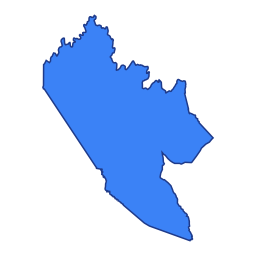 outline of Mazabuka, Southern, Zambia
{"feature_id": "96606910B8169685936662", "entity_name": "Mazabuka", "entity_type": "district", "adm_level": 2, "iso_a3": "ZMB", "parent_name": "Zambia", "parent_adm1": "Southern", "projection": "equal_earth", "projection_center": [27.75, -15.894], "detail": "fine", "context": "isolated", "style": "filled", "palette": "blue", "viewbox_px": 256, "rotation_deg": 0, "n_neighbors": 0, "source": "geoboundaries", "source_scale": "gbopen_adm2", "svg_char_len": 5642}
<svg xmlns="http://www.w3.org/2000/svg" viewBox="0 0 256 256"><path d="M185.8,84.3L185.4,81.9L185.3,81.5L185.1,81.6L184.8,81.2L184.0,80.8L182.3,81.4L181.6,81.0L180.7,80.8L179.0,79.7L178.5,79.5L177.9,79.6L177.4,80.1L176.9,81.2L176.8,83.5L175.9,84.1L175.2,85.7L173.8,87.7L173.3,88.8L172.3,89.6L171.1,91.3L170.7,91.4L169.2,90.9L166.0,92.9L165.6,92.2L165.7,91.4L165.4,90.8L162.3,88.7L161.8,87.9L161.6,87.1L161.3,82.3L160.5,81.2L159.1,79.9L158.8,80.4L159.0,81.3L159.0,81.9L158.5,82.2L158.0,82.1L156.9,80.7L156.0,80.5L155.3,81.0L154.2,82.3L152.6,83.3L152.2,83.8L151.3,85.0L150.6,86.7L149.9,87.6L148.0,89.3L147.5,89.4L146.7,88.6L145.8,88.1L145.2,88.1L143.6,88.7L142.4,88.1L142.4,84.0L142.2,82.9L142.6,81.6L142.7,81.2L144.6,80.4L145.1,79.8L145.7,79.9L147.9,78.7L148.8,76.8L149.0,76.0L149.0,73.5L149.3,72.6L149.3,72.3L149.1,71.9L148.6,71.9L147.5,73.3L146.7,73.3L146.6,73.0L146.7,71.2L146.9,70.3L147.9,69.2L148.1,68.5L148.1,67.2L147.7,66.5L144.7,66.7L143.0,66.0L142.9,65.7L142.1,65.3L140.3,64.9L140.1,65.2L139.0,65.1L137.8,64.5L137.5,64.4L136.3,65.1L135.7,65.1L133.5,61.1L133.2,61.0L132.5,61.3L128.9,66.8L127.2,68.8L126.2,69.6L125.7,69.5L125.3,69.2L125.1,68.3L125.3,66.9L125.2,66.5L124.8,66.0L123.2,65.1L122.0,65.3L121.4,65.6L120.0,68.1L118.1,69.8L116.5,70.2L116.3,69.9L116.6,68.6L116.8,65.0L116.8,64.1L116.7,63.7L116.4,63.3L115.5,62.6L114.3,62.8L113.5,62.6L112.7,61.7L112.0,60.0L111.6,58.5L110.4,57.3L110.3,56.9L110.6,56.2L111.4,55.7L112.0,54.7L112.4,53.3L112.8,53.0L113.8,52.9L114.1,52.7L114.8,49.8L115.0,48.9L114.7,48.0L114.0,47.8L113.4,48.2L112.7,48.0L112.5,47.6L112.5,46.4L112.9,43.6L112.9,41.6L113.3,40.5L113.2,39.8L113.0,39.4L112.4,38.9L112.0,39.0L112.0,39.5L111.7,39.5L110.9,38.2L110.6,37.9L110.2,36.6L109.5,35.7L107.8,34.8L107.6,34.6L107.5,33.9L108.1,31.3L108.1,30.4L107.6,28.7L107.4,27.6L106.9,26.9L106.2,27.0L106.0,27.3L105.7,28.4L105.5,28.7L104.8,28.8L103.7,27.9L103.5,27.6L103.7,27.9L102.7,27.8L102.3,27.9L102.1,28.2L101.8,28.1L101.3,27.4L101.2,26.1L100.7,25.6L99.4,25.1L98.1,25.4L97.7,25.7L96.0,25.2L95.4,24.2L94.8,22.3L94.1,20.7L94.4,19.8L95.4,19.2L96.0,18.0L95.9,16.5L95.5,16.1L95.0,16.0L94.4,15.4L94.1,15.6L94.1,16.1L93.3,17.3L92.9,17.5L92.3,17.2L91.6,17.4L90.8,16.7L89.9,16.8L89.6,17.0L89.1,17.9L89.0,19.0L89.0,20.4L88.8,20.9L88.2,21.4L87.5,21.7L87.3,22.1L87.3,23.2L86.7,23.7L86.5,24.8L86.0,25.1L85.7,25.1L84.6,24.5L84.2,24.6L83.8,24.9L83.8,26.0L84.9,27.9L85.9,30.9L85.9,32.0L85.5,32.4L83.5,32.4L82.8,32.7L82.7,33.5L83.2,34.6L83.2,35.0L82.9,35.3L81.7,35.2L80.1,34.5L79.5,35.1L79.6,35.9L80.4,36.7L80.7,37.4L80.7,38.3L80.4,38.8L79.7,39.2L78.6,39.3L76.9,38.4L75.8,38.9L74.5,38.1L73.8,38.1L73.6,38.4L73.4,39.2L73.5,40.5L75.1,41.3L75.2,41.9L74.9,42.2L73.4,42.6L72.9,43.6L72.5,46.5L71.9,47.0L70.9,46.7L70.6,46.3L70.2,44.9L70.1,43.0L69.9,42.5L69.3,42.6L68.2,44.1L67.3,44.2L65.8,44.8L65.1,44.3L64.6,43.0L64.3,38.3L63.5,38.1L62.6,38.5L61.4,39.7L61.1,40.8L61.1,41.7L61.6,42.8L62.2,45.3L62.1,45.9L61.2,46.8L59.9,47.1L58.9,48.2L58.4,49.9L58.5,50.8L58.9,52.3L58.5,53.5L57.8,54.5L57.4,55.5L56.9,56.0L56.3,55.4L56.1,54.7L55.1,53.3L53.6,53.0L52.1,56.4L51.2,57.0L50.6,58.4L50.5,61.1L49.4,62.6L46.2,60.4L44.6,63.6L43.6,64.6L43.5,85.6L42.9,87.3L43.5,88.9L44.3,89.0L96.8,168.2L96.7,168.4L101.0,169.2L100.8,169.8L101.0,170.1L101.4,169.1L102.0,169.2L102.1,169.5L101.8,170.2L102.0,171.0L101.7,171.9L101.9,172.1L102.3,171.8L102.7,171.9L102.7,172.1L102.4,172.6L101.9,172.6L101.8,173.2L102.0,173.6L101.8,174.4L102.8,175.0L103.4,176.0L103.2,176.8L103.4,177.1L103.7,177.1L103.9,176.3L104.6,177.0L104.5,177.7L104.9,177.8L105.6,178.7L106.1,180.5L106.4,180.8L105.9,183.0L105.6,183.8L105.5,186.5L105.1,188.6L105.2,189.4L105.6,190.1L106.3,190.5L106.6,191.1L106.7,190.8L107.1,190.9L107.2,191.2L107.5,191.0L107.7,191.4L107.9,191.1L109.0,191.3L108.9,191.4L109.0,191.7L109.4,191.8L109.3,192.1L109.8,192.1L109.8,193.5L110.0,194.2L110.4,194.6L111.2,194.7L111.6,195.1L111.7,195.5L112.1,195.8L112.3,195.7L113.2,196.8L113.8,196.5L114.1,196.6L114.8,197.9L114.9,197.7L115.2,197.9L115.2,198.5L116.4,199.2L116.7,199.2L116.8,199.5L117.0,199.3L117.3,199.7L118.0,200.0L118.3,200.2L118.2,200.7L118.4,200.7L119.3,201.5L120.4,202.1L120.6,202.4L120.9,202.5L120.9,202.8L122.0,203.5L122.8,204.3L123.2,204.3L123.2,204.8L123.7,205.4L144.3,223.0L149.4,226.0L189.8,240.6L190.0,240.2L190.2,240.3L190.4,239.7L191.9,239.6L192.4,239.1L192.1,238.7L192.3,238.4L191.9,238.0L192.1,237.1L191.9,237.0L191.9,236.6L191.7,236.5L191.8,236.0L192.1,235.9L191.8,235.1L191.6,234.9L191.6,234.6L191.0,233.7L190.4,232.2L189.6,231.4L189.3,230.6L189.0,230.4L189.3,229.4L188.8,228.5L188.7,227.7L188.5,227.1L189.0,226.5L189.5,226.3L189.5,225.1L189.3,224.5L189.3,221.2L188.5,217.8L188.0,216.6L187.0,216.1L186.7,216.1L187.2,215.0L186.8,214.2L185.9,213.3L184.8,212.8L184.3,212.0L183.2,210.9L183.0,209.7L182.6,209.2L181.9,209.2L181.1,208.6L180.6,206.4L179.3,206.1L177.4,203.1L177.5,199.2L177.0,198.0L176.4,197.4L175.9,195.5L174.9,193.7L174.1,193.2L173.1,191.6L172.6,189.9L170.9,185.7L168.1,182.8L164.4,179.7L163.5,179.8L160.3,177.8L160.1,176.8L160.8,173.0L162.4,169.4L162.3,168.1L162.4,165.7L162.7,165.3L163.5,165.0L164.3,163.8L163.4,162.1L163.1,157.7L162.5,155.3L162.2,152.5L163.9,154.5L165.2,155.2L167.9,158.6L170.3,160.8L172.5,162.3L174.7,163.4L179.7,163.4L180.7,163.9L181.6,164.0L185.0,162.3L191.3,162.6L191.8,162.3L196.3,156.3L200.3,150.5L201.4,148.2L205.7,144.2L209.4,142.1L211.6,139.4L213.1,137.9L199.2,122.9L199.0,121.6L198.4,121.4L197.6,119.9L197.6,118.8L196.5,118.3L195.5,117.2L195.5,115.6L195.2,115.1L194.1,115.0L192.0,113.9L189.5,112.9L189.4,113.3L189.1,113.0L188.2,109.2L188.5,109.0L184.6,93.3L185.3,93.0L185.0,89.4L185.7,86.6L185.5,85.9L185.8,84.3Z" fill="#3b82f6" stroke="#1e3a8a" stroke-width="1.5"/></svg>